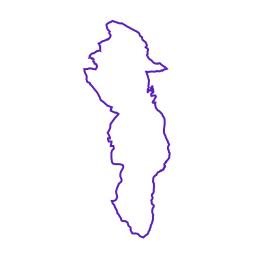 outline of Micasasa, Sibiu, Romania, rotated 124°
{"feature_id": "2599482B61682236556337", "entity_name": "Micasasa", "entity_type": "district", "adm_level": 2, "iso_a3": "ROU", "parent_name": "Romania", "parent_adm1": "Sibiu", "projection": "orthographic", "projection_center": [24.101, 46.097], "detail": "fine", "context": "isolated", "style": "outline", "palette": "violet", "viewbox_px": 256, "rotation_deg": 124, "n_neighbors": 0, "source": "geoboundaries", "source_scale": "gbopen_adm2", "svg_char_len": 5714}
<svg xmlns="http://www.w3.org/2000/svg" viewBox="0 0 256 256"><g transform="rotate(124 128 128)"><path d="M48.0,200.9L49.3,201.3L50.0,201.6L50.3,201.8L50.5,202.2L50.8,202.4L53.2,203.5L54.1,203.6L55.0,203.3L55.5,202.5L56.9,201.1L57.7,199.9L58.2,197.1L59.3,197.0L59.7,196.7L60.2,196.0L60.6,194.7L61.0,194.2L61.9,193.7L63.3,193.6L65.5,193.9L66.2,194.4L66.0,194.8L68.5,196.1L70.5,197.7L71.7,198.3L72.4,198.3L74.3,199.6L74.8,198.4L75.4,197.9L75.9,196.6L76.7,196.3L77.0,195.9L78.1,195.3L79.3,194.3L79.3,194.5L80.9,195.9L81.1,196.2L81.1,196.4L82.7,197.3L83.1,197.2L84.0,197.7L84.7,197.9L85.2,198.2L85.8,199.0L87.4,199.9L89.9,200.0L90.1,199.9L90.3,199.5L91.2,199.3L90.7,198.8L90.5,198.3L90.5,198.0L90.9,197.1L90.9,196.9L90.7,196.6L90.0,196.2L90.0,195.8L90.3,195.4L90.2,195.1L90.4,194.8L92.3,194.0L92.2,193.5L92.3,193.2L92.2,192.7L93.4,191.8L92.9,190.2L93.5,189.5L93.6,189.1L93.5,188.8L94.8,187.9L95.2,187.7L96.3,187.8L97.5,187.7L98.0,188.7L98.6,189.9L98.8,191.0L99.5,192.2L99.6,192.7L100.0,193.0L100.8,194.0L101.7,194.5L103.6,197.1L105.4,195.6L106.4,194.2L107.0,193.1L107.7,191.8L108.5,191.0L111.0,189.5L112.5,187.5L112.5,186.9L112.2,185.9L112.1,184.5L112.5,184.2L113.0,183.9L113.0,183.0L113.3,181.6L114.5,177.7L115.0,176.4L115.2,175.2L115.9,173.2L116.7,171.5L117.5,170.3L117.9,169.2L120.1,166.3L120.2,164.3L120.1,163.5L120.6,160.0L120.9,158.0L120.8,157.1L119.9,153.0L120.5,153.1L121.1,153.0L121.4,152.5L122.3,152.5L123.2,152.2L123.3,152.1L123.3,151.8L122.6,147.7L122.2,146.6L122.0,146.3L121.8,146.3L121.6,144.6L121.7,143.7L122.2,143.7L127.1,144.4L134.4,144.7L135.8,144.1L136.2,143.7L136.7,143.4L138.7,142.6L140.6,142.4L141.0,142.2L143.1,142.3L143.5,141.9L144.3,140.2L145.8,137.9L146.7,137.2L147.7,138.8L148.9,137.8L150.0,136.5L148.5,134.1L149.4,133.5L150.5,133.1L152.6,132.2L151.1,130.1L153.0,128.2L155.5,128.6L156.5,128.4L157.8,127.9L162.1,125.0L165.1,122.3L165.7,121.2L165.8,120.2L165.5,119.3L164.5,117.3L163.6,116.3L162.4,114.0L161.8,112.3L161.8,111.7L161.9,111.1L162.2,110.7L163.3,110.0L164.8,109.6L166.4,109.6L168.5,109.3L169.8,108.9L171.0,108.3L172.1,107.5L172.8,106.8L173.8,105.1L175.2,103.9L175.7,103.7L176.5,103.6L178.7,104.3L179.8,104.3L184.1,103.4L186.5,102.7L187.8,102.1L190.9,98.6L192.1,98.1L193.3,97.9L194.6,97.9L195.8,98.5L196.6,99.3L197.5,100.6L199.1,98.4L199.4,97.0L199.8,96.0L200.5,94.9L201.1,94.3L202.0,92.3L203.5,90.1L203.9,89.6L204.5,89.3L205.0,87.3L206.2,84.9L206.7,83.5L207.5,82.7L208.3,81.6L208.3,81.3L208.2,80.7L207.9,80.0L206.6,78.0L206.7,76.6L206.6,76.2L206.6,75.5L208.7,73.1L209.0,70.3L209.8,69.6L210.9,69.1L211.9,67.5L212.1,67.0L212.5,66.6L212.9,65.6L212.7,65.0L212.1,63.9L211.3,63.1L210.6,61.4L210.3,60.4L210.3,59.9L210.9,58.3L210.9,57.8L210.8,56.6L210.2,54.1L207.3,53.4L205.2,52.5L204.6,52.4L203.1,52.7L202.4,53.0L200.5,53.0L199.5,53.6L197.8,53.7L195.9,54.7L194.2,54.8L192.7,55.2L191.7,55.7L191.1,55.7L190.5,55.8L189.9,56.3L188.7,56.8L187.6,57.8L186.8,58.2L186.2,58.3L184.6,60.5L182.7,61.9L180.8,62.6L179.1,62.6L178.0,63.1L177.6,63.9L177.6,65.2L177.2,66.3L176.3,66.7L175.0,68.2L173.4,68.1L172.4,68.4L171.4,69.2L171.0,70.1L170.8,70.4L169.8,70.9L169.3,71.0L168.6,70.7L167.8,70.7L166.2,71.1L165.2,72.0L164.4,72.3L163.4,73.0L162.1,73.4L161.3,74.4L159.7,75.2L159.2,76.3L158.8,76.6L158.6,77.1L158.3,77.4L154.9,79.2L153.9,79.2L152.3,78.8L151.8,78.8L151.2,78.2L148.9,78.5L148.3,78.5L146.4,77.5L144.9,77.1L144.9,76.4L143.5,76.1L143.4,75.9L143.2,75.6L142.7,75.4L142.0,75.6L141.7,75.9L140.8,75.9L140.8,75.6L140.7,75.6L139.2,75.7L138.7,76.2L138.8,76.6L138.7,76.8L137.7,77.7L137.0,77.7L134.9,77.3L134.7,77.4L134.6,77.8L133.4,77.4L129.9,77.1L125.7,79.3L125.3,79.7L125.2,80.5L123.5,82.0L123.4,82.3L123.2,83.0L122.6,83.5L121.7,84.1L121.1,84.3L120.2,84.5L118.7,84.6L118.1,85.6L117.8,86.4L117.4,87.0L116.7,87.6L116.1,89.1L115.5,89.9L115.0,90.9L114.1,92.1L113.6,92.5L113.1,93.6L111.7,95.7L108.6,97.6L104.4,99.7L101.0,102.0L100.0,102.9L99.3,103.9L98.8,105.3L98.2,106.4L97.3,107.8L97.2,108.7L96.6,111.0L96.7,113.4L96.3,114.2L96.2,114.9L96.0,115.4L95.1,116.9L93.7,118.4L92.6,119.0L91.6,119.5L92.3,120.4L92.8,120.8L93.1,121.5L93.0,121.9L92.8,122.0L92.2,122.0L91.7,122.2L90.8,121.8L90.0,121.9L88.7,122.4L86.9,122.2L86.6,122.3L85.8,123.3L85.8,123.6L86.1,124.1L87.4,125.7L88.3,126.2L88.3,126.4L88.2,126.7L87.3,127.6L86.3,127.8L85.7,127.7L85.1,127.2L84.1,127.0L83.5,127.4L83.3,127.7L82.6,128.3L82.7,128.7L82.6,128.8L82.4,128.6L81.9,129.0L82.1,129.3L81.9,129.6L81.7,129.7L81.4,129.6L81.2,130.1L80.9,130.3L80.8,130.6L80.3,130.7L79.9,130.9L79.8,131.1L80.0,131.3L80.8,131.0L81.3,131.4L81.9,131.3L82.4,130.9L82.6,130.4L82.9,130.4L82.9,130.1L83.1,129.7L83.5,129.2L83.9,129.1L84.3,129.9L84.3,130.7L84.7,131.4L86.1,131.8L86.5,131.4L87.2,131.6L87.2,131.8L84.9,133.2L84.2,133.3L83.1,133.3L82.6,133.5L82.1,134.2L81.5,134.8L80.5,135.1L80.1,135.3L79.8,135.7L76.9,137.1L73.5,141.2L71.6,143.7L71.2,144.4L71.0,144.2L71.1,143.7L71.0,143.4L70.6,142.9L70.1,142.7L69.9,142.1L68.3,140.5L67.2,138.8L66.7,137.7L65.2,136.3L64.7,136.1L64.5,135.4L63.3,133.4L62.3,133.0L61.4,132.2L61.2,132.0L61.4,131.6L61.2,131.4L59.3,130.8L57.4,128.9L57.2,128.8L56.9,131.3L56.9,135.4L56.8,136.4L56.5,137.4L56.5,137.9L57.3,138.8L57.9,139.0L58.0,139.6L58.2,139.9L58.5,140.0L59.0,140.7L59.4,142.0L59.5,143.8L58.8,146.4L58.9,148.6L58.6,149.8L58.2,150.8L57.7,151.6L57.4,152.4L56.9,153.1L56.5,153.1L55.5,153.2L54.2,154.4L52.2,154.9L51.6,155.4L51.3,155.9L51.2,156.6L51.3,158.1L51.2,158.6L50.9,158.6L50.1,158.3L49.1,158.5L48.8,158.7L48.1,159.6L47.0,161.6L46.9,163.5L46.7,165.3L46.1,166.1L45.3,166.8L44.8,167.5L44.8,168.0L45.0,168.8L44.8,169.6L43.6,171.3L43.1,172.4L43.1,173.3L43.2,173.5L43.1,174.7L43.7,178.8L44.1,183.7L44.3,184.9L44.4,188.8L44.6,190.0L44.6,191.6L44.7,192.0L45.6,192.8L46.0,193.6L48.0,200.9Z" fill="none" stroke="#5b21b6" stroke-width="2"/></g></svg>